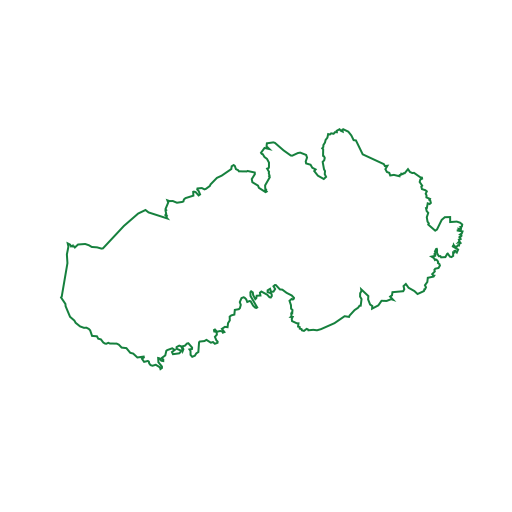 Tzicatlacoyan, Puebla, Mexico (Natural Earth projection), rotated 128°
{"feature_id": "50627088B32721400005262", "entity_name": "Tzicatlacoyan", "entity_type": "district", "adm_level": 2, "iso_a3": "MEX", "parent_name": "Mexico", "parent_adm1": "Puebla", "projection": "natural_earth1", "projection_center": [-98.086, 18.816], "detail": "fine", "context": "isolated", "style": "outline", "palette": "green", "viewbox_px": 512, "rotation_deg": 128, "n_neighbors": 0, "source": "geoboundaries", "source_scale": "gbopen_adm2", "svg_char_len": 6151}
<svg xmlns="http://www.w3.org/2000/svg" viewBox="0 0 512 512"><g transform="rotate(128 256 256)"><path d="M178.2,102.3L176.0,102.8L175.0,104.9L171.0,105.0L167.4,107.2L162.9,103.4L161.8,103.5L162.2,104.2L161.8,106.0L158.1,105.6L157.1,106.9L155.6,106.9L153.1,104.8L150.3,105.2L149.4,106.6L149.5,108.3L148.5,108.9L147.9,110.4L148.0,112.1L149.0,112.5L148.1,114.5L148.4,117.3L145.5,114.9L144.5,115.5L144.5,116.6L142.4,116.7L142.2,117.8L139.8,118.3L139.6,117.6L138.7,118.8L139.3,117.6L138.8,117.9L142.0,115.4L143.0,113.5L143.6,111.7L142.6,110.6L143.1,109.3L140.3,106.1L136.1,106.7L135.8,107.3L137.1,102.8L136.5,101.3L134.5,100.7L131.8,102.9L131.2,101.9L129.9,102.8L129.2,102.2L129.6,99.9L126.5,100.7L127.4,107.6L126.7,106.4L125.6,107.0L126.2,105.4L125.0,103.5L123.3,103.5L122.8,102.5L120.9,103.3L119.8,102.8L119.5,103.9L120.7,104.9L119.1,104.8L118.2,106.2L116.6,105.2L115.8,106.6L116.1,108.0L115.0,106.7L113.6,106.5L113.1,107.0L113.4,108.4L111.3,107.8L109.5,108.4L112.2,113.5L110.5,111.8L109.8,113.0L108.8,111.0L107.4,111.8L107.3,112.8L105.9,112.0L104.2,112.9L104.1,115.7L105.3,119.0L109.7,123.9L105.8,127.0L109.2,131.1L113.2,131.9L123.7,129.7L125.7,130.4L125.2,139.6L123.9,139.9L123.3,142.0L120.3,145.3L116.0,146.8L115.5,149.2L113.6,151.5L113.0,150.9L108.8,153.1L108.2,151.2L106.5,150.9L104.9,153.0L105.0,154.0L103.9,154.1L104.9,157.8L103.2,159.0L102.5,160.6L99.9,161.2L99.9,163.1L101.1,166.4L99.6,168.4L98.3,168.3L96.9,172.6L94.5,173.6L92.8,172.7L92.1,173.5L92.8,174.8L93.2,182.7L94.4,183.9L95.0,186.4L94.0,189.7L99.3,189.8L100.0,190.7L101.2,190.8L101.7,192.2L102.8,191.8L103.8,192.6L104.8,192.0L107.2,197.3L109.9,199.8L108.4,202.2L109.2,204.6L107.9,207.5L104.0,208.0L105.8,209.8L104.9,211.8L110.2,234.5L103.4,248.4L104.6,250.4L102.3,255.1L101.2,259.8L102.4,265.3L103.3,265.7L104.6,264.3L105.1,266.4L104.7,268.2L107.7,269.5L108.7,268.5L109.8,270.0L111.9,270.1L113.1,272.3L114.8,272.6L115.5,274.2L118.8,272.6L121.7,272.6L124.1,271.5L127.1,271.2L128.6,270.1L130.4,270.1L130.5,268.8L135.8,264.8L135.6,263.8L136.4,262.2L138.6,261.2L140.8,261.4L145.8,255.8L146.6,253.9L149.2,252.2L150.5,249.5L153.6,250.0L154.6,256.7L153.2,262.4L151.1,262.3L151.8,266.0L150.5,269.2L152.2,273.5L150.9,275.0L147.0,276.4L145.5,278.7L147.3,284.8L149.1,286.4L154.6,289.2L155.4,290.4L155.8,299.3L155.2,310.7L155.8,312.3L160.5,316.8L163.1,315.2L163.5,311.3L165.6,315.8L171.6,315.6L172.0,314.4L171.6,313.4L172.8,310.2L172.7,307.2L174.4,303.3L178.0,300.5L179.0,300.2L180.3,301.0L181.7,297.5L182.8,297.0L184.5,294.6L185.1,294.8L185.6,293.6L194.7,292.3L197.1,290.3L197.5,289.0L198.2,289.2L198.6,287.3L199.1,287.5L199.8,287.8L200.5,295.7L199.3,297.7L200.1,304.3L198.0,306.7L192.2,307.3L191.0,308.4L194.2,315.0L195.1,315.4L199.8,321.6L199.4,322.9L199.9,325.3L198.1,328.1L198.1,329.6L200.3,330.4L202.7,329.0L213.8,332.5L218.5,334.9L227.5,335.9L229.3,335.5L233.9,336.8L235.2,337.6L235.8,340.5L238.8,343.7L239.8,343.2L240.1,341.2L241.9,338.0L243.6,338.5L242.8,342.9L243.5,344.6L244.1,345.0L247.0,342.5L253.8,347.2L255.8,347.6L257.7,346.8L258.9,347.5L262.7,351.1L263.9,355.4L266.0,358.0L266.7,360.1L267.9,358.1L274.8,356.2L275.1,355.0L276.0,355.2L277.9,352.9L278.8,352.8L278.9,351.7L279.6,352.1L279.8,350.7L280.7,350.3L281.0,349.0L287.8,367.5L287.8,371.4L295.1,375.0L313.6,378.6L344.2,381.3L345.3,382.3L347.0,386.5L350.0,391.0L350.4,394.3L351.7,398.0L356.5,403.3L360.8,404.0L360.5,405.2L361.2,406.1L360.6,406.8L362.3,407.6L361.5,409.5L362.0,412.1L364.1,409.6L371.2,406.0L377.7,400.2L407.6,384.1L408.7,384.1L411.1,376.7L412.8,375.1L418.4,365.1L418.7,359.4L419.7,357.0L419.8,351.3L418.5,347.3L416.9,345.5L416.4,342.8L416.7,340.9L419.9,336.0L417.2,331.9L418.3,329.4L417.2,326.9L418.2,323.1L418.0,321.2L417.4,320.0L415.3,318.9L415.0,317.4L410.8,311.8L410.3,309.5L410.9,305.5L408.4,301.4L409.7,295.5L408.5,292.7L409.0,287.0L404.4,282.6L405.0,281.9L407.2,282.6L408.3,279.0L405.3,276.6L405.2,275.4L406.4,274.0L406.9,271.9L406.2,270.0L403.4,268.0L402.9,263.1L403.9,261.7L402.1,261.2L401.0,262.1L399.8,267.5L396.6,270.3L396.2,269.5L396.8,266.1L395.9,264.4L394.7,265.3L394.5,267.5L390.2,266.3L385.9,268.3L384.8,268.0L380.3,265.2L380.1,262.2L383.4,263.1L384.5,261.0L380.0,256.6L377.8,256.3L376.8,257.0L378.0,261.6L376.6,262.5L373.9,261.3L373.4,259.9L373.7,258.1L375.9,255.3L374.2,255.8L372.6,258.5L370.5,256.8L367.5,256.5L366.4,255.6L367.5,250.0L368.6,249.2L370.6,250.9L371.1,249.2L374.2,246.7L374.7,244.2L372.2,242.8L369.5,243.1L367.2,242.3L359.1,247.7L358.1,247.7L354.8,244.3L352.6,243.4L352.1,238.2L350.3,236.9L350.5,234.4L348.1,232.9L347.1,233.5L346.8,235.4L345.0,238.6L342.1,238.4L340.8,239.6L340.3,240.9L341.2,242.4L340.2,243.5L339.2,243.1L339.7,240.1L337.2,238.1L336.2,236.1L336.8,234.9L335.4,234.1L334.4,238.0L331.0,236.9L329.6,234.6L326.1,236.7L322.9,237.0L320.0,239.4L318.0,238.9L315.5,237.0L311.5,239.5L308.5,236.8L307.0,236.6L303.9,237.9L302.3,240.4L298.1,241.5L296.1,240.3L295.9,239.0L296.2,237.0L297.6,234.6L295.5,233.4L295.0,232.3L296.9,227.7L297.2,225.0L296.8,223.8L295.8,223.4L290.9,235.7L288.0,238.1L286.8,238.1L286.7,236.1L288.6,234.1L290.4,230.0L289.1,229.8L286.9,231.0L284.4,228.2L282.5,230.3L280.7,229.9L279.6,223.3L280.2,220.0L279.6,218.8L277.8,218.9L276.5,220.1L276.2,221.5L277.3,224.6L275.9,225.7L273.2,224.7L275.0,222.0L273.3,220.3L270.2,220.6L269.1,223.6L267.2,223.2L266.7,222.4L267.6,216.6L266.3,214.5L266.2,209.2L265.1,203.5L265.6,200.3L266.3,199.9L267.6,200.2L267.9,201.5L270.7,202.0L273.2,198.2L275.9,195.9L276.1,194.0L278.7,192.3L278.9,193.0L279.7,192.8L281.5,191.0L282.6,191.1L281.5,189.6L283.6,189.1L285.1,187.5L283.9,182.4L282.9,181.1L285.7,179.4L285.1,177.8L286.3,176.8L285.6,175.1L286.3,174.1L285.5,172.1L282.2,171.2L281.9,169.8L282.3,169.0L278.9,165.4L277.0,162.2L273.7,159.8L260.6,152.8L248.9,149.1L246.7,145.2L245.3,145.6L237.9,145.0L233.9,143.7L231.5,143.8L230.7,142.9L225.0,146.3L223.9,149.0L221.2,151.0L218.8,151.3L217.5,152.6L218.4,142.8L221.2,140.9L224.0,136.2L223.8,133.6L226.0,132.1L219.6,129.2L214.0,129.5L211.0,125.4L206.8,122.9L206.1,121.0L205.4,125.3L203.3,124.6L200.5,126.2L193.1,118.3L190.9,118.7L188.9,121.2L185.8,120.7L187.1,116.2L186.1,109.6L186.5,105.3L180.3,102.1L178.6,102.8L178.2,102.3Z" fill="none" stroke="#15803d" stroke-width="2"/></g></svg>